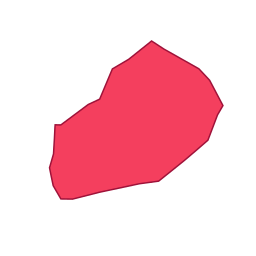 outline of San Andrés Lagunas, Oaxaca, Mexico, rotated 58°
{"feature_id": "50627088B92611149671356", "entity_name": "San Andrés Lagunas", "entity_type": "district", "adm_level": 2, "iso_a3": "MEX", "parent_name": "Mexico", "parent_adm1": "Oaxaca", "projection": "natural_earth1", "projection_center": [-97.531, 17.586], "detail": "fine", "context": "isolated", "style": "filled", "palette": "rose", "viewbox_px": 256, "rotation_deg": 58, "n_neighbors": 0, "source": "geoboundaries", "source_scale": "gbopen_adm2", "svg_char_len": 507}
<svg xmlns="http://www.w3.org/2000/svg" viewBox="0 0 256 256"><g transform="rotate(58 128 128)"><path d="M180.7,66.7L164.3,45.1L159.3,35.6L130.8,33.5L115.4,36.5L97.0,46.5L80.1,55.7L66.7,61.9L70.1,91.0L69.6,109.9L88.5,136.7L87.0,149.3L89.8,183.3L86.7,188.1L88.6,189.5L98.1,196.1L110.5,204.9L118.7,214.0L120.1,215.6L128.0,218.6L137.3,222.0L143.2,222.2L152.6,222.5L158.9,212.7L167.3,186.4L181.3,147.9L189.3,130.2L185.4,97.5L183.3,83.3L180.7,66.7Z" fill="#f43f5e" stroke="#9f1239" stroke-width="1.5"/></g></svg>